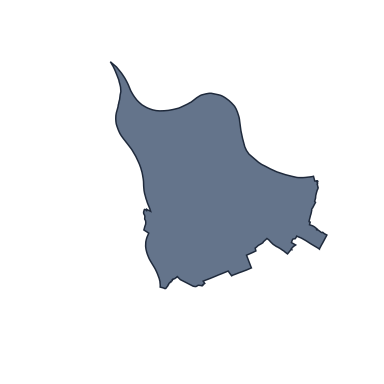 Lingewaard, Gelderland, Netherlands (Equal Earth projection), rotated 212°
{"feature_id": "6326949B2884966550009", "entity_name": "Lingewaard", "entity_type": "district", "adm_level": 2, "iso_a3": "NLD", "parent_name": "Netherlands", "parent_adm1": "Gelderland", "projection": "equal_earth", "projection_center": [5.93, 51.907], "detail": "fine", "context": "isolated", "style": "filled", "palette": "slate", "viewbox_px": 384, "rotation_deg": 212, "n_neighbors": 0, "source": "geoboundaries", "source_scale": "gbopen_adm2", "svg_char_len": 5624}
<svg xmlns="http://www.w3.org/2000/svg" viewBox="0 0 384 384"><g transform="rotate(212 192 192)"><path d="M113.7,142.4L113.8,142.5L110.8,146.4L109.2,148.6L107.5,150.7L106.6,151.9L104.6,154.5L101.4,159.1L101.7,159.3L104.5,161.4L112.3,167.3L110.5,169.9L108.6,172.7L107.9,173.8L106.6,175.9L108.7,177.9L108.5,178.5L108.3,178.9L108.0,179.9L107.5,181.8L106.1,184.3L105.1,186.3L105.0,186.8L105.1,187.6L104.4,190.1L104.3,190.4L103.8,192.3L100.8,192.0L100.6,191.9L99.4,191.5L98.2,191.2L97.2,191.0L96.8,190.9L95.9,190.7L95.0,190.6L94.1,190.6L91.8,190.5L91.3,190.5L90.5,190.7L89.0,190.7L88.1,190.8L85.6,190.7L84.2,190.6L83.3,190.7L81.5,190.4L78.4,190.1L78.2,190.1L77.5,195.5L77.4,195.7L77.3,195.8L77.5,195.8L77.5,196.0L77.2,196.0L77.3,196.1L77.7,196.2L77.5,197.4L77.5,197.9L77.4,198.4L77.2,199.0L76.8,200.3L76.3,201.3L76.0,202.0L80.8,201.8L80.8,202.0L81.1,202.8L81.5,204.2L81.4,205.7L79.7,207.1L79.7,207.3L79.7,209.2L79.8,210.1L78.8,210.2L74.7,210.9L74.0,210.9L69.7,211.1L63.9,211.0L55.4,211.2L53.7,211.1L53.8,211.3L53.9,212.9L53.9,213.0L54.1,215.3L54.2,218.1L54.8,227.0L55.0,227.0L56.2,226.9L57.4,226.8L57.2,226.7L57.3,226.7L59.8,227.1L60.2,226.5L60.8,226.3L61.4,226.3L64.8,226.6L66.2,226.0L66.4,226.0L66.5,226.3L66.3,226.9L69.4,227.3L70.7,227.3L71.1,227.3L71.8,227.2L72.0,227.2L75.0,226.5L75.8,229.1L77.0,228.9L77.4,229.7L78.6,233.4L79.1,234.9L79.4,236.2L80.2,238.5L80.7,239.7L80.8,240.0L81.0,240.1L81.3,240.8L81.4,241.5L81.4,242.1L81.3,242.3L81.3,242.6L81.7,247.7L81.7,248.6L81.8,248.7L82.2,248.8L83.0,249.0L83.7,251.3L84.0,252.4L84.2,252.7L85.1,254.4L85.3,255.0L86.1,257.4L86.5,258.9L86.8,259.8L86.8,260.1L86.9,261.1L87.0,261.4L87.1,262.0L87.3,262.3L87.4,262.5L87.5,262.4L88.5,263.5L89.4,264.6L89.6,264.6L90.1,265.0L90.0,265.7L90.0,265.8L90.3,266.1L90.8,266.5L91.0,266.7L91.8,266.9L91.8,267.0L91.8,267.3L91.7,267.4L91.6,267.5L91.1,267.7L91.5,268.0L92.3,267.5L93.1,266.7L93.3,266.6L93.8,266.4L94.8,267.4L95.8,268.3L97.3,269.7L98.4,268.6L99.8,267.4L103.6,264.4L105.5,263.0L107.9,261.5L109.4,260.6L110.8,259.9L115.7,258.2L121.9,256.2L130.0,254.2L130.9,254.0L137.8,253.1L143.4,252.7L147.4,252.3L151.2,252.4L163.7,254.3L167.7,256.0L171.2,258.3L177.4,264.1L182.9,269.8L189.2,277.4L190.4,278.9L191.5,280.1L192.7,281.2L194.0,282.3L195.8,283.8L198.6,285.8L201.2,287.2L203.1,287.8L204.7,288.2L205.7,288.5L206.9,288.7L208.8,289.1L210.9,289.3L213.4,289.5L215.2,289.5L217.1,289.4L218.5,289.2L219.4,289.0L221.3,288.4L227.5,286.1L228.0,285.9L229.2,285.2L230.2,284.4L232.2,282.6L235.1,279.6L235.8,278.7L236.2,278.0L236.4,277.6L237.9,274.5L240.4,267.7L241.0,266.8L241.8,265.3L242.4,264.2L246.3,258.1L247.5,256.4L247.8,256.0L250.5,253.2L251.9,251.8L253.4,250.4L255.4,248.6L258.6,246.2L262.3,243.7L265.6,242.0L268.6,240.9L269.7,240.6L271.5,240.2L274.1,239.7L276.3,239.5L280.5,239.4L284.0,239.9L287.4,240.7L291.1,242.1L292.9,242.9L294.7,243.8L297.6,245.4L302.9,249.2L305.3,250.7L308.1,252.3L310.0,253.3L314.7,255.4L322.3,258.0L327.8,258.8L329.1,259.0L330.3,259.2L329.3,258.7L325.4,256.7L323.5,255.5L321.1,253.9L317.0,250.9L313.4,248.2L312.4,247.1L310.2,245.1L308.5,243.4L307.8,242.6L307.4,242.0L305.7,239.7L305.5,239.3L305.0,238.0L304.5,236.6L304.1,235.7L302.5,232.3L302.1,231.2L302.0,230.6L301.6,229.5L300.9,227.7L300.8,227.1L299.8,224.8L298.2,219.3L297.2,216.8L296.5,215.5L295.4,213.6L293.9,211.5L293.4,210.9L293.0,210.4L292.2,209.5L291.5,208.9L290.6,208.1L288.7,206.6L287.4,205.6L285.5,204.3L283.9,203.3L282.7,202.7L281.5,202.1L280.7,201.8L278.5,200.9L270.0,197.8L268.2,197.1L266.6,196.5L264.8,195.7L262.3,194.4L260.4,193.4L258.5,192.4L256.8,191.3L254.3,189.7L252.5,188.5L250.9,187.4L249.9,186.6L248.1,185.2L246.7,183.9L245.1,182.5L244.4,181.8L243.1,180.4L241.5,178.6L240.0,176.9L238.6,175.1L236.2,171.5L235.0,169.9L233.5,167.9L231.5,165.7L229.2,163.6L227.5,162.0L226.1,160.9L224.6,159.6L223.2,158.5L219.1,155.6L216.8,153.7L218.5,153.5L219.6,153.4L219.9,153.3L221.1,153.3L220.8,152.9L220.7,152.6L220.6,152.2L221.9,152.4L222.6,152.3L222.8,152.2L223.0,152.1L223.1,151.9L222.8,150.7L222.7,150.3L222.6,149.8L222.5,149.6L222.3,149.1L222.0,148.8L221.9,148.5L221.3,147.9L220.2,147.4L219.2,146.5L218.9,146.1L218.7,145.7L218.4,145.1L218.2,144.7L218.0,144.3L217.8,144.1L217.7,143.9L216.4,143.2L216.0,142.9L215.7,142.5L215.1,141.7L214.8,141.1L214.2,140.1L214.2,139.9L213.9,138.5L213.8,138.0L212.7,134.3L206.9,134.2L206.7,133.0L206.2,129.8L206.0,129.0L205.7,127.9L205.3,126.7L204.7,125.1L204.2,124.2L203.5,123.0L203.0,122.1L202.5,121.3L200.7,119.1L199.3,117.7L197.3,115.9L195.3,114.4L193.5,113.1L192.2,112.3L189.6,110.9L184.4,108.3L182.5,107.3L179.5,105.4L177.8,104.2L175.6,102.5L173.9,101.2L172.4,99.7L171.8,99.2L171.2,98.3L170.1,96.9L169.4,95.9L168.6,94.5L165.4,95.5L164.6,95.6L163.9,95.7L163.2,96.2L163.1,96.6L163.0,97.7L163.0,98.0L162.9,98.8L162.8,99.3L162.8,99.8L163.1,100.2L162.9,100.5L162.8,100.9L162.9,101.5L163.1,102.1L162.9,103.1L162.7,103.2L162.6,103.4L162.7,103.8L162.6,104.1L162.4,104.3L162.2,104.5L162.3,104.6L162.6,104.7L162.6,104.8L162.0,105.8L161.8,106.3L161.8,106.5L161.9,106.9L162.0,107.1L162.3,107.3L161.8,108.3L161.5,108.3L161.0,109.1L160.7,109.4L160.5,110.0L160.4,110.6L159.8,111.3L159.8,112.3L159.7,112.5L155.9,111.6L155.4,111.5L152.2,111.8L141.4,112.7L141.1,112.7L140.7,112.9L140.3,113.0L138.8,113.7L138.7,113.8L138.4,114.1L137.7,115.4L137.7,115.6L137.6,115.8L137.4,116.0L137.1,116.3L136.6,116.6L134.6,117.5L134.2,117.6L134.3,117.7L134.1,117.8L133.3,118.6L133.5,118.9L133.7,119.0L133.6,119.4L133.4,119.7L132.7,121.2L135.3,122.3L134.0,124.1L130.9,128.2L126.9,133.8L125.6,135.7L123.5,138.5L120.2,143.1L119.4,144.1L117.9,143.5L117.8,143.4L115.2,142.4L114.0,141.9L113.7,142.4Z" fill="#64748b" stroke="#1e293b" stroke-width="1.5"/></g></svg>